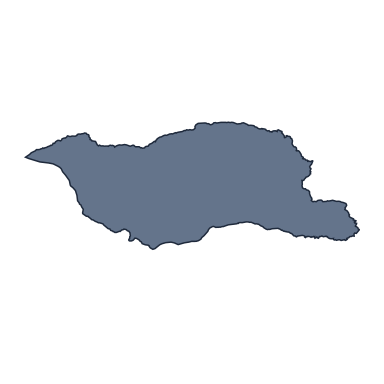 Gisagara, Southern, Rwanda, rotated 255°
{"feature_id": "39286606B87181547360532", "entity_name": "Gisagara", "entity_type": "district", "adm_level": 2, "iso_a3": "RWA", "parent_name": "Rwanda", "parent_adm1": "Southern", "projection": "robinson", "projection_center": [29.795, -2.608], "detail": "fine", "context": "isolated", "style": "filled", "palette": "slate", "viewbox_px": 384, "rotation_deg": 255, "n_neighbors": 0, "source": "geoboundaries", "source_scale": "gbopen_adm2", "svg_char_len": 6081}
<svg xmlns="http://www.w3.org/2000/svg" viewBox="0 0 384 384"><g transform="rotate(255 192 192)"><path d="M199.3,80.9L196.0,83.6L195.3,85.4L194.8,85.5L192.3,87.4L191.4,87.7L190.5,89.4L188.6,91.0L188.1,91.9L186.5,93.6L186.1,94.9L184.3,97.7L183.0,98.2L178.3,101.5L177.5,103.1L176.0,103.5L174.7,105.4L174.2,105.5L173.8,106.3L172.9,107.0L172.5,108.5L172.8,111.8L172.5,112.4L173.5,114.3L173.4,115.7L173.8,116.6L172.7,118.8L171.3,119.5L170.5,120.8L168.7,121.5L165.6,121.1L164.9,120.3L163.4,119.8L162.5,118.7L161.5,118.5L160.8,119.2L160.4,121.1L160.7,122.8L162.2,124.9L161.4,126.6L159.4,128.5L157.7,129.2L157.0,130.1L155.0,130.5L153.1,133.2L151.9,136.0L151.1,136.7L150.8,136.5L148.9,137.2L146.8,139.3L146.9,141.6L149.4,147.2L149.8,149.6L149.9,153.4L149.0,158.8L147.4,161.8L144.8,165.0L144.9,171.5L144.4,176.2L144.4,178.9L143.3,183.1L143.3,185.5L144.1,188.3L145.5,189.7L146.7,192.3L149.9,197.1L151.3,198.1L152.6,199.9L153.3,202.8L153.1,204.1L151.6,205.9L151.5,207.1L151.1,208.1L151.1,209.1L150.7,210.1L150.8,212.3L150.5,213.1L150.9,218.6L149.7,227.2L150.0,228.1L149.7,228.7L150.1,228.9L150.1,230.4L149.4,232.5L149.1,236.6L148.5,238.6L147.8,239.8L147.5,241.3L144.8,244.7L144.7,245.8L143.5,248.1L141.6,249.6L140.2,251.5L139.2,251.9L137.1,253.8L136.1,255.3L136.1,256.6L135.7,257.4L135.8,259.8L134.6,265.8L134.1,266.2L133.8,266.9L131.8,268.7L131.8,269.2L130.4,270.4L130.2,271.3L129.7,271.7L129.4,272.8L128.9,273.3L128.2,275.2L126.6,276.5L126.1,277.5L123.3,279.0L122.7,280.4L121.7,281.1L121.6,281.5L122.1,282.3L121.6,287.2L120.9,288.6L119.9,289.6L119.3,289.2L118.6,289.8L119.3,291.2L119.0,291.9L119.2,292.4L118.4,294.3L117.5,295.2L117.7,295.5L117.5,295.9L117.7,296.2L117.4,296.4L117.6,298.0L117.4,298.4L117.1,298.4L117.1,298.9L116.3,298.5L115.5,298.8L116.0,300.2L115.8,300.3L115.8,300.7L116.1,300.9L115.7,301.4L115.1,301.4L114.6,302.2L116.0,303.6L115.7,304.5L115.9,306.1L114.8,307.2L114.6,310.0L114.3,310.0L113.9,311.1L113.4,311.1L113.3,311.4L112.4,311.8L111.3,313.1L110.7,314.6L110.5,316.5L110.1,316.2L109.5,316.4L108.8,317.1L108.8,318.2L108.0,318.9L107.9,321.4L107.6,322.4L106.6,323.5L106.5,326.9L105.6,327.5L105.6,328.2L106.1,329.6L106.7,329.3L107.2,329.7L107.2,331.5L108.1,332.8L107.8,334.3L108.0,335.8L107.4,337.2L109.5,337.6L110.2,338.5L109.5,340.0L112.1,343.7L112.5,343.8L113.2,343.0L114.4,343.0L116.1,341.8L116.5,341.0L117.2,341.2L118.3,342.5L119.1,342.9L119.8,341.3L120.9,341.0L121.2,341.2L121.1,342.4L121.8,342.9L123.3,340.6L124.0,341.1L124.3,341.0L126.5,338.3L127.5,337.7L128.3,337.5L129.2,338.2L129.8,337.8L131.4,337.8L133.7,336.9L135.5,335.1L136.7,335.9L137.4,335.9L137.8,336.7L139.2,338.0L141.0,337.7L142.9,335.1L143.4,333.8L144.5,332.6L145.1,331.3L145.6,329.0L147.6,325.7L147.8,321.7L148.4,320.7L148.1,319.4L148.8,315.9L150.5,315.1L151.0,313.8L151.3,311.5L150.5,309.5L151.4,307.4L151.2,306.4L152.9,305.0L154.1,306.1L154.7,305.8L155.4,306.0L156.8,305.4L159.9,305.1L161.8,305.6L163.3,304.9L163.8,304.3L164.4,303.1L165.8,302.4L166.0,301.1L167.4,299.8L169.7,299.9L171.0,300.6L173.0,300.9L173.3,301.2L174.7,301.2L174.4,302.3L174.6,303.3L175.5,304.1L176.1,305.3L176.7,305.7L177.0,308.1L178.0,310.1L178.7,310.5L178.9,311.3L179.9,311.1L180.7,312.0L181.7,311.4L183.6,312.9L184.0,312.9L184.5,312.3L186.0,312.2L187.3,313.6L187.7,314.5L190.5,316.6L190.9,316.6L191.0,315.8L190.7,314.2L191.9,312.5L191.5,311.9L191.6,311.7L192.8,311.7L193.6,309.9L194.4,309.8L194.9,309.2L195.2,307.9L195.5,307.6L196.0,308.4L196.8,308.4L198.1,307.1L200.2,307.1L203.2,306.2L204.2,305.6L204.8,303.5L205.1,303.4L205.7,304.0L207.6,304.2L208.7,303.6L209.2,302.3L210.8,301.5L212.6,301.1L215.4,302.3L217.8,302.1L218.4,301.2L219.8,301.2L220.4,300.7L221.0,299.1L221.9,298.3L221.8,297.5L221.0,297.5L220.8,297.0L220.4,295.8L220.6,295.4L222.4,295.6L225.0,294.6L225.9,293.9L226.5,294.5L227.2,294.5L228.1,293.2L229.7,291.5L229.5,290.3L228.4,289.9L229.6,288.3L230.0,286.1L229.2,284.7L229.8,284.2L230.0,282.9L231.3,282.3L231.4,280.8L232.6,279.5L233.4,279.4L234.1,278.3L234.8,276.7L234.7,276.2L235.1,276.1L235.3,275.6L235.1,274.9L235.5,273.4L236.8,271.8L237.7,271.4L238.8,269.5L239.7,269.2L240.2,268.6L241.2,266.2L241.8,263.6L242.6,263.3L245.5,259.7L245.7,257.8L245.4,257.0L246.0,253.2L248.5,249.8L249.1,248.2L249.2,246.8L250.0,245.2L250.1,243.5L250.5,242.7L251.8,237.8L252.2,233.7L252.9,232.8L253.2,231.0L252.2,229.4L252.1,227.5L252.5,226.8L253.7,225.8L254.1,224.2L254.7,223.7L255.3,222.5L256.7,215.7L255.9,213.2L254.5,211.8L252.8,211.5L251.8,209.6L251.9,207.9L252.8,206.0L252.7,204.7L253.5,202.8L253.0,201.6L253.4,200.4L252.9,198.3L253.3,194.4L253.3,192.7L253.0,192.0L253.6,191.3L253.1,188.2L253.5,187.5L253.8,185.4L253.3,182.4L253.5,181.5L253.9,180.8L253.8,179.0L253.2,176.8L253.3,175.0L252.4,172.1L251.8,171.7L251.3,170.6L250.0,169.7L250.7,168.8L249.4,165.7L249.1,163.2L247.6,161.5L247.9,159.4L247.7,158.5L246.9,157.6L247.1,155.5L247.9,154.6L248.0,153.7L249.2,152.9L249.5,152.3L250.3,149.2L251.5,148.1L251.9,148.1L252.5,147.2L252.2,144.1L254.4,141.0L255.3,139.1L255.5,136.1L256.3,134.0L256.3,132.7L256.1,130.9L255.4,128.9L256.3,128.8L256.7,128.5L257.6,127.4L257.6,126.5L258.3,125.3L258.3,124.1L257.8,122.9L258.3,122.2L259.0,119.1L259.6,118.0L260.0,116.1L261.2,114.8L260.8,113.6L262.0,112.7L265.8,111.9L267.4,108.4L268.1,108.4L269.1,107.1L270.0,107.5L270.9,107.4L272.1,106.7L273.2,107.1L274.1,106.9L275.0,105.4L276.2,104.9L276.8,103.3L276.5,102.5L276.8,99.9L276.7,99.2L277.3,97.8L277.3,96.5L277.2,96.0L276.5,95.6L276.1,93.7L277.1,90.6L277.0,89.3L277.4,87.9L278.4,86.5L278.3,86.0L277.6,85.3L276.9,83.7L277.2,82.5L277.0,80.3L276.0,79.5L275.4,78.4L275.4,78.1L276.3,76.9L276.6,75.6L275.8,73.2L274.6,71.9L275.0,70.5L273.8,69.5L273.4,68.3L273.7,67.5L273.3,66.7L273.1,64.3L272.7,62.9L272.8,61.3L272.4,60.2L273.2,59.4L272.7,58.2L272.8,57.1L272.5,56.3L272.7,54.5L273.2,52.7L272.3,51.2L271.5,46.9L270.3,44.8L268.7,40.2L266.5,43.1L260.4,52.9L257.2,60.9L255.1,65.2L251.5,69.3L250.0,70.7L248.3,71.7L245.0,72.3L241.0,74.2L234.8,76.5L230.2,76.2L229.3,76.4L226.8,78.2L223.5,79.8L218.5,80.0L213.1,79.2L210.7,80.2L209.5,80.2L208.1,81.4L206.4,81.5L203.4,82.5L200.1,80.9L199.3,80.9Z" fill="#64748b" stroke="#1e293b" stroke-width="1.5"/></g></svg>